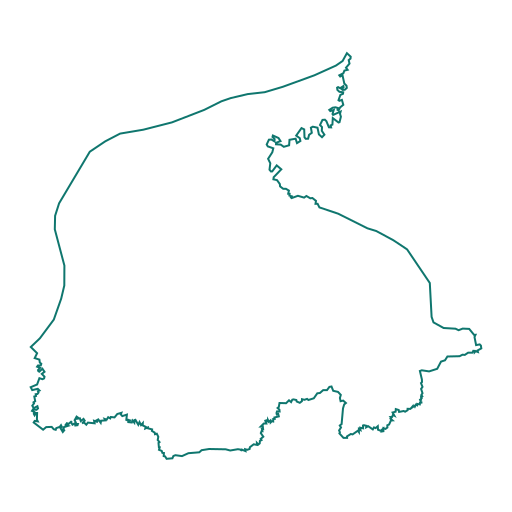 outline of Rattanawapi, Nong Khai, Thailand
{"feature_id": "78962969B97368388626717", "entity_name": "Rattanawapi", "entity_type": "district", "adm_level": 2, "iso_a3": "THA", "parent_name": "Thailand", "parent_adm1": "Nong Khai", "projection": "mercator", "projection_center": [103.26, 18.207], "detail": "fine", "context": "isolated", "style": "outline", "palette": "teal", "viewbox_px": 512, "rotation_deg": 0, "n_neighbors": 0, "source": "geoboundaries", "source_scale": "gbopen_adm2", "svg_char_len": 5988}
<svg xmlns="http://www.w3.org/2000/svg" viewBox="0 0 512 512"><path d="M339.4,433.4L343.5,437.9L347.1,437.9L347.0,436.4L350.8,434.0L352.6,434.4L357.9,430.7L358.9,432.1L358.9,428.9L360.5,430.0L360.2,427.7L363.1,428.3L363.0,425.5L363.9,425.2L366.4,425.8L366.2,427.3L368.2,426.2L372.8,429.4L374.0,427.4L375.6,428.1L377.8,426.2L378.0,429.7L380.7,430.8L382.4,429.3L381.7,431.5L383.4,431.2L383.4,428.1L385.5,428.9L387.4,427.5L387.3,425.3L389.1,424.5L390.9,420.5L392.5,420.4L390.5,418.7L391.2,417.9L390.5,417.0L392.2,416.8L392.9,414.9L394.3,415.6L392.6,412.5L395.6,411.7L395.8,409.1L398.7,410.0L399.1,411.9L403.7,411.0L405.1,411.7L407.6,410.2L407.6,408.8L410.4,408.9L412.6,406.4L412.6,407.2L414.5,405.9L414.9,406.6L415.9,404.6L417.1,405.2L417.2,403.9L419.8,404.4L419.9,402.8L422.3,402.5L420.9,402.3L420.1,399.8L421.1,399.7L421.1,397.7L422.1,398.7L421.2,396.5L422.2,396.2L421.4,394.9L422.5,393.2L421.1,388.9L422.5,386.9L421.0,383.1L422.0,382.0L421.9,379.5L419.9,371.0L421.8,370.3L429.1,371.4L437.2,368.8L441.0,361.6L445.0,360.3L447.4,356.5L459.6,356.2L462.5,354.7L464.8,354.9L468.1,352.7L472.5,352.7L473.3,350.8L474.8,350.9L474.8,352.1L475.6,351.2L477.9,352.0L477.5,350.5L481.3,348.4L480.9,345.6L479.7,344.4L476.1,345.1L474.5,337.0L475.5,334.8L474.1,334.9L469.2,328.9L462.7,328.6L458.6,330.2L455.5,328.7L443.6,328.0L433.5,322.4L431.6,316.9L429.8,283.0L407.1,249.4L393.3,240.2L376.2,231.0L367.4,228.3L338.2,213.7L319.4,207.4L317.6,203.8L315.5,203.8L316.0,200.9L312.4,198.0L310.3,198.3L306.4,196.0L304.1,197.6L297.9,195.8L291.6,198.1L290.9,197.4L291.7,196.3L289.4,195.6L289.6,193.8L288.2,193.7L288.9,190.6L285.9,188.8L283.2,188.8L280.1,186.4L279.8,184.0L277.0,180.1L273.4,179.3L273.7,177.2L281.3,169.3L276.7,165.4L272.2,171.4L271.0,171.5L269.5,169.7L270.3,163.3L268.1,158.8L272.3,152.3L273.3,148.3L267.8,146.4L266.7,144.5L268.9,139.7L271.4,139.5L274.5,141.4L274.6,139.0L272.5,136.9L272.9,135.5L278.5,138.0L280.5,141.1L276.1,142.8L276.0,144.3L280.7,144.6L283.8,146.8L289.1,145.3L289.5,139.8L295.6,138.7L297.0,143.1L300.4,141.0L299.8,138.2L296.2,135.6L301.5,128.1L304.2,129.4L304.5,137.3L305.7,138.8L308.1,138.7L309.1,134.8L311.8,132.8L310.9,127.7L312.8,126.7L317.5,127.7L318.9,134.4L322.0,137.2L324.4,134.7L321.8,130.8L322.0,127.1L320.0,125.0L322.5,119.9L324.9,119.7L326.4,121.2L328.9,127.3L331.1,127.4L330.6,125.4L332.4,124.6L332.8,118.1L338.5,122.5L339.5,122.2L340.9,116.7L340.0,113.8L340.6,111.6L333.1,114.9L332.5,114.0L333.7,110.0L330.3,111.1L329.3,109.9L332.7,107.7L335.5,107.3L337.9,108.0L337.5,109.8L338.6,110.4L340.1,107.4L343.3,104.8L341.9,99.9L339.4,100.8L338.5,100.2L340.4,94.9L343.0,93.8L343.2,92.3L339.4,91.8L337.4,89.9L337.1,87.7L338.1,87.1L340.1,88.2L343.3,86.1L343.6,87.2L341.7,89.1L342.6,89.9L344.9,89.7L346.8,87.9L346.5,85.7L344.3,83.5L342.5,75.3L340.2,76.5L339.3,75.3L343.4,73.2L344.4,70.6L347.6,69.8L346.0,67.7L349.5,63.6L348.7,60.1L350.5,58.6L350.7,56.7L346.9,53.2L342.6,61.0L335.9,65.6L314.4,75.3L282.8,86.8L264.7,92.2L247.7,94.1L230.7,98.1L221.4,101.3L204.2,109.9L171.9,122.4L143.3,129.7L120.1,133.6L105.3,141.3L89.8,151.7L59.1,203.3L55.1,215.8L54.8,229.3L64.4,265.6L64.3,285.5L61.2,298.6L53.8,319.6L39.9,338.3L30.8,347.0L37.1,353.2L34.7,358.1L39.4,359.6L39.8,362.5L41.3,363.8L40.8,365.4L37.9,365.5L37.1,366.7L40.1,367.8L38.0,370.1L38.4,371.2L39.3,371.7L42.4,368.7L44.5,371.8L41.8,373.9L44.5,376.7L44.1,378.4L42.5,379.2L39.4,378.2L37.1,384.5L30.7,387.2L32.2,390.1L37.8,388.8L39.5,390.5L37.9,391.2L38.5,392.6L37.4,394.0L35.7,394.2L36.0,396.0L34.3,396.5L35.2,401.2L33.5,402.3L34.0,403.4L32.3,405.7L33.7,408.2L37.4,406.2L38.0,408.4L36.5,409.8L32.9,409.5L32.0,410.9L34.4,412.0L33.8,413.8L34.6,415.3L36.0,413.0L37.1,413.0L36.9,419.6L37.8,421.4L34.7,420.9L33.7,422.5L43.1,429.7L46.2,427.1L51.7,426.9L53.7,429.2L55.7,429.8L56.3,428.1L59.7,426.9L61.0,425.2L61.8,426.9L60.3,427.8L62.8,432.0L64.2,430.3L62.5,428.5L63.7,429.0L63.7,427.2L68.1,425.8L65.7,424.8L66.9,423.2L68.6,423.9L71.7,421.2L71.1,422.4L72.5,424.7L74.8,423.3L75.3,425.5L77.5,425.2L77.9,424.0L76.4,424.0L74.7,420.1L76.6,416.6L77.7,417.4L76.1,418.9L79.9,418.3L80.8,421.1L83.5,418.9L84.7,420.7L82.1,423.4L83.9,422.4L86.3,424.7L87.9,422.6L94.6,423.3L94.1,420.8L97.8,422.1L96.1,420.6L98.3,419.4L100.7,422.8L101.1,420.7L105.3,420.4L104.6,418.9L106.7,419.6L108.2,417.2L110.2,418.4L110.8,417.0L114.5,417.4L117.3,414.0L121.4,412.8L120.8,414.4L122.3,416.1L126.9,414.6L126.3,419.9L127.4,420.3L128.1,419.0L128.1,419.9L130.0,420.4L129.4,421.3L128.3,420.7L128.3,422.1L131.8,422.5L132.5,420.5L134.3,422.7L134.5,420.1L135.4,419.8L138.3,424.8L139.5,422.1L141.0,425.1L142.8,423.1L142.7,425.4L145.7,426.8L145.3,428.5L147.9,427.4L147.9,428.3L152.1,429.4L151.9,430.9L154.7,432.6L155.0,434.2L156.8,433.7L158.3,436.8L157.7,440.0L159.5,442.1L158.5,442.9L158.9,447.2L159.7,447.3L159.0,449.8L161.7,450.9L162.4,452.9L163.9,453.0L163.7,456.1L165.1,456.4L166.6,458.8L172.4,458.3L173.4,456.0L175.4,455.2L182.0,456.1L188.4,453.2L199.3,452.3L201.6,450.2L209.1,449.0L225.7,449.3L230.2,450.5L237.9,449.2L241.2,449.7L241.2,451.0L241.9,449.6L245.5,451.1L245.2,449.2L247.2,449.8L249.6,449.0L249.9,447.2L253.7,444.3L257.0,444.9L256.9,442.9L258.4,444.5L259.7,443.4L259.9,440.9L261.5,440.1L260.7,438.9L263.3,436.7L260.8,433.1L261.6,431.1L262.4,431.2L261.9,428.9L263.1,429.1L262.8,426.4L260.8,426.5L263.8,423.5L266.3,423.5L265.3,420.7L266.9,420.2L267.7,422.2L267.9,419.9L268.8,421.8L270.4,420.5L270.6,422.5L271.9,421.2L273.2,421.5L273.2,419.0L274.7,418.9L274.4,417.5L278.8,416.4L278.2,413.9L276.8,414.4L276.5,413.0L277.0,411.4L279.6,411.5L279.4,409.6L277.6,408.0L278.8,407.0L279.5,403.0L286.1,403.2L289.0,400.3L291.1,402.1L292.3,399.7L293.5,399.4L296.3,400.0L296.7,401.5L299.8,402.8L301.9,401.2L302.0,399.2L304.4,399.8L307.1,398.9L308.4,400.0L313.8,398.3L317.3,393.3L319.9,393.0L323.2,390.1L327.0,390.1L329.4,386.9L331.5,386.5L333.2,390.8L338.0,391.9L340.8,394.9L339.9,398.0L340.6,401.2L343.2,400.6L345.9,403.0L344.2,404.4L343.0,408.4L341.6,424.1L339.8,425.5L341.0,427.5L339.1,430.4L339.9,432.3L339.4,433.4Z" fill="none" stroke="#0f766e" stroke-width="2"/></svg>